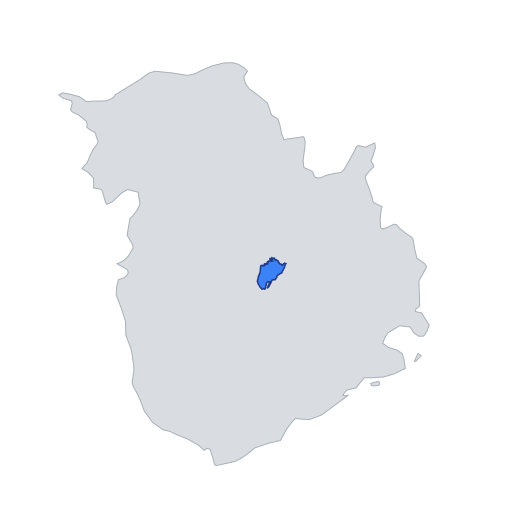 location of Kampong Leaeng, Kâmpóng Chhnang, Cambodia, rotated 260°
{"feature_id": "14789045B82078343775741", "entity_name": "Kampong Leaeng", "entity_type": "district", "adm_level": 2, "iso_a3": "KHM", "parent_name": "Cambodia", "parent_adm1": "Kâmpóng Chhnang", "projection": "mercator", "projection_center": [104.747, 12.405], "detail": "fine", "context": "in_parent", "style": "filled", "palette": "blue", "viewbox_px": 512, "rotation_deg": 260, "n_neighbors": 0, "source": "geoboundaries", "source_scale": "gbopen_adm2", "svg_char_len": 7179}
<svg xmlns="http://www.w3.org/2000/svg" viewBox="0 0 512 512"><g transform="rotate(260 256 256)"><path d="M449.0,89.9L450.2,94.2L447.0,102.4L443.6,109.7L437.3,116.2L437.0,120.9L434.8,135.0L435.6,139.5L437.1,143.4L439.2,145.4L444.7,159.2L449.7,171.8L454.6,182.0L455.5,188.6L450.9,205.0L445.7,220.1L446.1,227.7L448.4,235.2L450.8,245.3L451.7,258.1L450.4,266.5L448.0,271.7L443.4,277.0L439.5,279.7L434.7,275.2L430.9,275.0L425.8,276.3L421.8,278.4L413.6,286.2L404.5,293.8L392.0,295.8L387.1,301.4L381.9,302.2L372.0,302.5L365.5,303.8L365.8,306.6L365.3,320.0L365.4,323.1L364.4,323.9L359.9,324.3L352.4,322.3L342.1,319.0L334.8,318.5L331.0,324.3L328.8,326.6L326.0,326.9L323.1,328.0L322.1,330.5L321.9,333.8L323.3,339.4L323.8,348.2L323.4,354.2L326.1,358.0L341.8,370.8L346.4,374.0L347.0,375.9L344.2,382.8L346.7,392.6L341.8,392.4L333.6,388.2L329.6,385.7L324.9,387.7L323.2,387.3L320.0,382.5L315.8,377.6L311.5,377.3L302.3,379.2L293.0,380.6L289.4,380.6L288.0,381.4L282.6,388.7L280.3,387.5L270.9,384.7L262.3,383.6L260.5,385.5L261.6,391.5L263.4,397.3L262.3,399.8L257.6,402.8L251.4,408.3L247.5,412.6L244.9,413.6L235.4,413.5L225.9,414.0L222.1,418.1L218.6,421.2L215.5,422.1L203.2,412.1L178.6,408.6L175.9,404.2L173.6,403.3L171.3,409.1L157.8,414.6L152.2,411.2L148.0,407.2L148.7,402.3L152.6,398.3L159.3,395.4L162.4,385.3L157.3,372.3L152.8,368.5L148.1,365.6L143.1,370.4L138.9,378.6L134.6,382.9L128.4,383.8L119.4,383.5L115.9,371.2L114.7,360.6L116.0,348.5L117.3,341.4L108.7,331.5L108.2,322.1L104.0,317.3L102.8,319.7L102.9,322.4L101.7,320.5L88.0,292.9L85.7,280.1L88.0,270.2L89.4,266.9L85.5,261.7L79.9,255.8L70.1,248.0L69.4,235.8L67.2,221.3L64.3,216.5L59.8,207.5L57.4,200.2L56.5,180.6L57.8,179.0L64.7,178.5L73.7,177.1L75.1,173.9L73.5,171.3L79.2,166.9L87.4,157.2L93.7,147.0L98.3,140.6L101.0,134.2L110.2,125.2L122.9,119.0L131.5,117.5L140.5,115.4L149.1,112.4L153.2,112.1L163.9,115.7L169.6,116.7L175.7,116.6L182.0,117.0L187.4,116.6L200.5,114.1L214.4,116.1L226.8,114.5L242.1,111.6L249.7,113.4L256.5,116.4L257.5,122.3L259.1,125.1L261.4,127.2L264.4,127.2L268.3,123.0L271.6,118.7L272.7,117.9L272.8,120.0L274.4,124.7L277.4,129.3L280.3,132.3L285.3,136.3L288.5,136.5L298.9,132.7L314.7,138.3L316.5,141.1L321.6,146.7L327.1,150.7L339.3,151.0L343.7,141.1L341.6,135.0L334.6,124.4L332.7,118.2L334.9,117.1L346.8,115.9L348.7,114.7L351.3,107.8L354.5,108.6L361.1,109.5L368.0,104.8L372.1,99.8L374.4,102.1L376.8,105.5L379.5,107.5L384.5,110.5L390.0,114.7L393.4,118.8L396.2,120.4L403.2,119.2L405.1,119.4L409.2,114.4L412.1,111.7L414.5,112.5L418.0,112.4L425.4,106.1L429.6,100.3L431.9,98.7L438.4,101.6L441.1,101.0L444.9,93.1L449.0,89.9ZM111.3,354.9L109.9,355.6L108.7,355.6L107.4,354.5L107.5,350.1L108.4,347.3L110.6,346.8L111.3,354.9ZM131.9,398.5L129.1,401.4L124.7,395.3L124.7,393.6L131.9,398.5Z" fill="#d9dde1" stroke="#a8b0b8" stroke-width="1"/><path d="M231.3,272.8L231.7,272.9L232.5,273.1L232.8,273.3L233.1,273.5L233.3,273.8L233.4,274.2L233.6,275.0L234.1,275.9L234.2,276.2L234.3,276.2L234.4,276.6L234.6,277.5L234.8,278.1L234.8,278.3L235.1,278.6L235.3,278.7L236.4,279.3L237.2,279.9L237.3,280.0L237.4,280.3L237.5,280.4L238.3,280.8L238.9,281.4L239.4,281.7L239.6,281.8L239.7,282.1L239.9,282.2L240.1,282.2L240.7,282.4L241.5,282.8L241.9,283.1L242.9,283.6L243.1,283.8L243.2,284.1L243.3,284.0L243.3,283.9L243.3,283.7L243.4,283.4L243.5,283.3L243.7,283.1L243.9,283.1L244.0,283.0L244.0,282.9L243.7,282.2L243.5,281.9L242.9,281.0L242.7,280.8L242.2,280.4L242.1,280.2L242.3,279.9L242.5,280.0L242.9,279.9L243.1,279.8L243.5,279.5L243.6,279.4L243.7,279.1L243.8,278.9L243.8,278.7L243.9,278.4L244.1,278.3L244.1,278.2L244.3,277.8L244.5,277.8L244.7,277.6L244.8,277.6L245.1,277.6L245.3,277.6L245.5,277.5L245.7,277.3L245.8,277.2L246.1,277.1L246.3,277.0L246.5,277.1L246.8,276.8L247.0,277.0L247.1,276.9L247.5,276.7L247.7,276.4L247.8,276.2L248.1,276.0L248.1,275.9L248.3,275.5L248.4,275.2L248.5,275.2L248.4,275.0L248.4,274.7L248.5,274.7L248.9,274.7L249.0,274.5L249.1,274.4L249.2,274.2L249.4,274.1L249.5,273.9L249.8,273.7L250.0,273.6L250.3,273.5L250.5,273.6L250.5,273.4L250.8,273.3L250.8,273.1L250.8,272.9L250.8,272.6L250.6,272.6L250.6,272.3L250.8,272.3L250.8,272.2L250.7,272.1L250.8,272.1L250.9,271.9L251.0,271.9L250.9,272.0L251.0,272.1L251.1,271.9L251.1,271.7L251.3,271.3L251.3,271.1L251.1,271.1L251.1,270.8L251.1,270.7L250.8,270.8L250.8,270.7L251.0,270.6L250.8,270.6L250.8,270.3L250.9,270.2L251.0,269.9L251.0,269.7L250.9,269.7L251.0,269.5L250.9,269.3L250.9,269.2L250.7,269.1L250.6,268.9L250.6,269.0L250.4,269.1L250.4,269.3L250.3,269.2L250.2,269.3L250.2,269.2L250.2,269.4L250.0,269.5L250.2,269.9L250.1,270.0L250.1,270.3L249.9,270.4L249.7,270.3L249.7,270.5L249.6,270.4L249.5,270.5L249.4,270.6L249.3,270.8L249.2,270.9L249.2,271.0L249.3,271.0L249.2,271.1L248.9,270.9L248.7,271.0L248.4,271.2L248.5,270.9L248.5,270.7L248.4,270.6L248.2,270.5L248.2,270.4L248.4,270.2L248.2,269.8L248.4,269.6L248.6,269.5L248.7,269.2L248.7,268.9L248.7,268.5L248.7,268.3L248.8,268.2L248.6,267.8L248.5,267.7L248.4,267.6L248.6,267.4L248.3,267.2L248.4,266.6L248.2,266.7L247.6,266.9L247.3,266.7L247.1,266.5L246.9,266.4L247.0,266.2L247.0,265.7L246.8,265.6L246.6,265.7L246.7,265.4L246.8,265.3L246.9,265.2L247.0,265.1L246.9,265.0L246.7,265.0L246.4,265.1L246.5,264.8L246.3,264.7L246.2,264.6L246.2,264.4L246.2,264.2L245.9,264.0L245.9,263.9L245.9,263.7L246.5,263.5L246.8,263.5L246.9,263.4L246.8,263.2L246.6,262.9L246.4,262.8L246.2,262.9L246.0,263.0L245.8,262.9L245.6,262.6L245.1,262.6L244.9,262.2L244.9,261.9L245.0,261.8L245.0,261.7L245.4,261.7L245.4,261.4L245.6,261.3L245.6,261.2L245.4,260.5L245.7,260.2L245.7,259.8L245.8,259.7L245.8,259.4L245.7,259.3L245.5,259.2L245.3,259.0L245.2,258.8L241.0,257.7L239.5,257.3L238.8,257.0L238.3,256.6L238.0,256.5L237.4,256.0L237.2,256.0L237.1,255.9L236.6,255.5L235.8,255.0L235.2,254.7L234.4,254.4L234.0,254.3L233.7,254.2L233.4,254.1L232.8,253.9L232.7,253.8L232.4,253.6L231.1,253.0L230.7,252.9L230.1,253.1L229.6,253.1L229.2,253.3L228.6,253.3L228.3,253.2L228.1,253.3L227.4,253.8L227.1,253.9L227.0,254.0L226.5,254.0L226.3,254.0L225.3,254.4L224.7,254.7L224.3,254.8L223.6,255.3L222.5,256.0L222.4,256.0L222.4,256.3L222.3,256.7L222.4,256.8L222.4,257.0L222.5,257.1L222.5,257.4L222.6,257.6L222.4,257.8L222.4,258.0L222.2,258.3L221.9,258.5L221.9,259.1L222.1,259.4L222.4,259.5L222.8,259.7L223.1,259.8L223.6,259.9L223.8,260.0L224.3,260.1L224.8,260.5L225.1,260.8L225.3,260.8L225.6,261.0L225.8,261.0L226.4,261.2L227.1,261.4L227.2,261.5L227.8,262.0L228.2,262.3L228.3,262.4L228.3,262.7L228.3,262.8L228.3,263.1L228.5,263.4L228.3,263.8L228.3,264.2L228.2,264.2L228.1,264.3L228.1,264.5L228.0,264.4L227.8,264.4L227.7,264.5L227.7,264.8L227.3,264.9L227.0,264.7L226.7,264.4L226.4,264.1L226.2,263.9L225.7,263.6L225.4,263.4L225.2,263.4L225.2,263.2L224.7,262.8L224.4,262.7L223.8,262.5L223.5,262.3L223.3,262.2L223.1,262.1L222.9,262.0L222.7,261.7L222.6,261.8L222.9,262.4L223.2,262.6L223.4,262.8L223.6,263.2L223.8,263.5L224.2,263.8L224.7,264.2L225.0,264.4L225.9,265.0L226.3,265.2L226.4,265.3L226.7,265.8L226.8,265.8L229.1,267.4L229.6,267.9L229.8,268.1L229.8,268.4L229.7,268.6L229.4,269.2L229.4,269.4L229.4,269.8L229.4,270.6L229.4,270.8L229.5,270.9L229.7,271.2L229.9,271.3L230.1,271.3L230.3,271.4L230.6,272.0L231.2,272.5L231.3,272.8Z" fill="#3b82f6" stroke="#1e3a8a" stroke-width="1.5"/></g></svg>